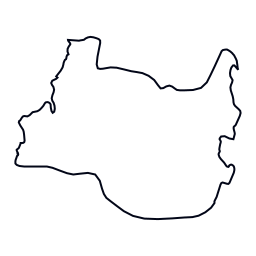 an SVG outline of Los Ríos
{"feature_id": "CHL-2701", "entity_name": "Los Ríos", "entity_type": "Region", "adm_level": 1, "iso_a3": "CHL", "parent_name": "Chile", "parent_adm1": "", "projection": "equal_earth", "projection_center": [-72.592, -40.02], "detail": "fine", "context": "isolated", "style": "outline", "palette": "ink", "viewbox_px": 256, "rotation_deg": 0, "n_neighbors": 0, "source": "natural_earth", "source_scale": "10m", "svg_char_len": 3163}
<svg xmlns="http://www.w3.org/2000/svg" viewBox="0 0 256 256"><path d="M238.2,69.8L234.4,65.4L233.1,65.4L231.4,67.5L230.5,70.0L230.0,73.1L230.3,76.1L232.6,80.1L232.1,82.4L231.0,84.9L230.4,87.4L230.8,90.4L232.7,96.3L233.3,99.3L233.5,102.3L234.0,104.3L235.1,105.9L238.8,109.3L240.2,110.9L240.6,113.0L239.8,115.9L235.8,124.8L235.2,125.6L234.5,126.1L233.8,126.8L233.6,128.0L233.8,129.5L234.6,132.5L234.8,133.9L233.4,139.2L229.4,138.5L224.7,136.2L221.1,136.5L219.7,138.4L219.6,139.3L220.4,140.5L220.8,141.6L220.6,142.8L220.2,144.1L219.4,148.3L219.3,149.7L219.8,151.1L219.7,151.6L218.7,153.6L218.6,154.6L219.4,157.0L220.9,159.1L224.1,162.6L226.3,165.9L227.1,166.6L228.4,166.9L228.9,166.4L229.1,165.7L229.6,165.2L231.0,164.6L231.7,164.7L233.0,165.5L233.8,166.4L234.2,167.7L234.4,169.0L234.3,170.4L233.8,172.7L229.5,182.8L228.4,183.9L227.1,183.8L222.6,182.5L221.4,183.0L220.5,184.6L216.6,197.0L214.7,200.7L214.4,201.7L214.5,203.0L211.1,207.7L205.3,212.3L198.6,215.7L192.4,217.1L184.2,217.5L172.0,218.4L157.9,219.1L144.3,218.6L133.0,215.9L123.9,211.2L116.6,205.8L110.7,201.3L106.4,197.9L103.9,194.0L102.0,188.6L99.8,180.8L95.2,174.5L87.9,172.9L80.0,173.7L73.3,174.5L67.0,173.2L59.6,170.5L52.5,167.8L46.8,166.5L41.7,166.5L35.8,166.5L29.7,166.5L23.9,166.5L19.5,166.0L16.9,165.0L15.7,163.9L15.4,163.4L15.4,161.6L15.6,160.1L16.5,157.6L17.0,156.0L17.9,155.3L18.2,154.5L18.1,153.8L17.9,152.9L17.6,152.4L17.4,152.6L17.3,151.8L16.7,150.5L16.7,149.7L18.4,148.4L18.9,147.8L20.5,143.8L20.6,143.0L21.8,143.0L23.1,142.9L24.2,142.2L24.6,140.7L24.1,134.8L23.7,131.8L23.1,129.8L20.3,125.5L18.8,122.5L19.1,121.1L20.1,120.5L22.0,117.5L23.0,116.4L24.2,116.0L27.4,116.4L29.6,115.2L32.6,112.2L37.4,111.2L39.6,109.9L41.5,108.0L43.3,105.9L44.9,103.2L45.7,102.4L47.3,102.1L48.3,102.3L49.4,102.9L50.2,103.7L50.6,104.5L50.8,107.6L51.5,111.0L52.7,112.8L54.2,111.7L54.8,108.9L54.5,105.7L53.6,102.8L52.3,100.7L51.7,98.3L52.4,95.3L53.6,92.2L54.1,89.7L53.4,86.9L52.0,84.9L51.2,83.0L52.3,80.7L56.2,78.8L57.5,77.6L56.2,76.4L60.6,70.8L62.6,67.4L63.4,64.4L63.6,63.0L64.2,61.3L65.0,59.8L66.0,59.2L66.3,58.4L66.5,56.8L67.1,55.2L68.5,54.4L67.5,51.5L67.6,48.9L68.7,46.6L70.3,44.3L70.2,43.4L68.1,40.6L68.0,39.9L70.8,40.1L73.5,40.3L76.3,40.5L79.0,40.7L80.2,40.4L81.5,40.2L82.7,40.0L83.9,39.8L84.3,39.5L84.7,39.2L85.1,38.9L85.5,38.5L86.2,38.2L87.9,37.4L90.4,36.9L93.4,37.3L96.4,38.2L98.7,39.1L100.1,40.5L100.2,43.0L99.1,48.5L97.5,56.7L96.7,64.4L97.8,68.3L100.2,68.9L103.0,68.7L106.4,68.1L110.6,67.4L116.6,67.7L123.9,69.4L131.2,71.2L137.0,72.1L142.4,73.1L148.6,75.8L154.2,80.0L158.0,85.2L160.6,88.4L163.3,88.1L166.3,86.4L169.4,85.6L172.2,86.6L174.5,88.3L176.8,89.9L179.7,90.3L185.2,90.3L193.0,90.0L201.0,87.9L206.8,82.4L210.5,75.1L214.7,66.3L218.6,57.8L221.6,51.2L222.8,50.1L224.6,49.7L226.3,49.5L227.0,49.5L227.4,49.8L227.9,50.0L228.3,50.2L228.8,50.5L229.2,50.8L229.6,51.0L230.0,51.3L230.5,51.6L230.9,52.0L231.4,52.4L231.8,52.8L232.3,53.2L232.7,53.8L233.2,54.3L233.6,54.8L234.1,55.3L234.5,56.1L234.9,56.9L235.3,57.6L235.7,58.4L236.0,59.0L236.3,59.7L236.5,60.3L236.8,60.9L237.0,62.8L237.3,64.6L237.5,66.5L237.7,68.3L237.9,68.7L238.0,69.1L238.1,69.5L238.2,69.8Z" fill="none" stroke="#020617" stroke-width="2"/></svg>